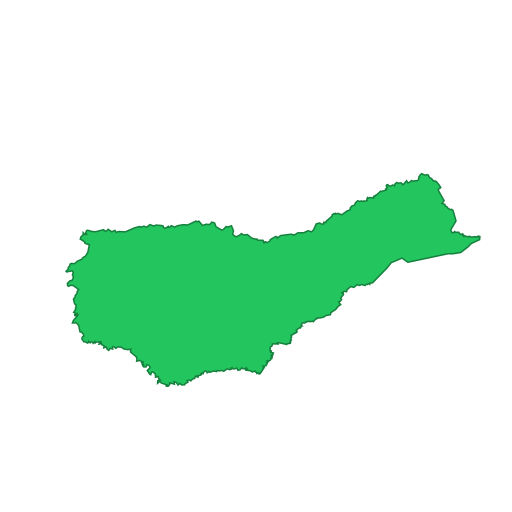 Sanga, Niassa, Mozambique, rotated 232°
{"feature_id": "85939544B99370318353636", "entity_name": "Sanga", "entity_type": "district", "adm_level": 2, "iso_a3": "MOZ", "parent_name": "Mozambique", "parent_adm1": "Niassa", "projection": "robinson", "projection_center": [35.467, -12.288], "detail": "fine", "context": "isolated", "style": "filled", "palette": "green", "viewbox_px": 512, "rotation_deg": 232, "n_neighbors": 0, "source": "geoboundaries", "source_scale": "gbopen_adm2", "svg_char_len": 6078}
<svg xmlns="http://www.w3.org/2000/svg" viewBox="0 0 512 512"><g transform="rotate(232 256 256)"><path d="M215.4,439.1L218.9,437.2L218.8,435.3L218.0,433.0L216.2,431.3L216.0,429.7L218.8,425.2L219.6,425.2L219.6,421.9L220.2,420.7L222.6,421.0L221.6,415.8L224.3,415.4L226.2,412.5L227.3,412.2L227.2,409.9L226.1,408.3L227.8,407.5L228.2,405.1L229.3,404.0L231.1,403.8L231.6,403.1L231.0,401.7L229.0,401.5L229.0,399.6L228.1,399.8L227.9,399.1L229.7,394.4L230.4,394.1L229.9,389.2L230.3,387.1L229.8,386.6L230.6,385.4L229.3,384.4L232.1,381.5L232.5,380.1L233.4,379.8L232.5,378.3L231.3,378.0L232.0,375.4L233.0,375.0L233.5,373.2L234.6,372.9L235.3,371.2L236.9,370.2L236.8,367.3L235.4,365.0L236.4,362.1L235.8,359.7L234.7,359.1L234.7,357.1L235.4,356.0L235.7,348.9L239.1,346.9L240.1,344.4L240.8,344.7L241.4,343.5L241.6,341.4L240.6,340.5L240.2,332.7L239.4,331.9L240.8,330.2L239.6,329.4L240.6,327.4L242.9,326.4L244.2,323.3L241.0,317.0L240.8,314.8L243.9,312.5L245.0,307.8L248.5,303.3L249.0,299.0L251.7,296.9L257.0,287.9L257.0,283.8L258.6,284.2L259.3,283.3L260.1,277.4L259.4,276.5L259.4,273.5L261.6,272.0L261.1,271.2L261.6,270.3L264.0,271.2L267.5,267.0L268.6,267.3L270.8,264.9L273.2,263.5L278.2,262.4L280.2,259.2L282.6,258.3L282.6,255.0L283.3,252.5L284.7,251.4L287.8,251.1L289.6,253.7L294.9,255.3L296.1,251.8L297.6,250.6L297.0,246.2L297.5,245.0L303.7,242.5L307.6,243.7L309.9,242.0L309.3,238.9L311.7,236.3L313.0,232.7L318.7,232.4L319.1,230.7L320.5,230.2L322.5,221.3L325.6,217.8L328.2,212.7L328.9,209.6L332.1,207.9L331.8,205.7L332.5,204.7L333.4,205.1L333.5,201.9L335.1,200.7L336.9,201.3L338.2,200.3L341.9,196.3L342.6,193.9L346.1,191.7L346.0,187.7L348.5,186.0L349.7,182.9L350.8,182.6L352.9,177.8L355.5,167.8L359.7,163.1L360.8,160.4L363.1,160.6L363.8,157.3L368.1,155.9L367.7,153.7L369.1,152.0L370.5,152.2L373.9,144.5L376.3,141.8L379.9,139.3L380.3,138.1L379.0,135.9L377.4,135.8L378.3,134.4L380.8,134.2L379.2,132.9L378.8,129.8L377.6,127.9L372.9,129.6L371.1,129.1L367.5,131.6L362.4,125.7L360.9,121.7L361.3,118.6L360.7,116.7L361.9,112.0L361.6,108.4L363.9,105.8L364.1,104.6L362.8,102.7L362.5,100.9L361.5,100.5L360.9,96.9L360.0,97.0L357.5,102.0L355.5,101.9L354.1,99.6L352.0,99.3L350.8,97.7L350.1,95.9L351.0,94.2L350.5,90.4L348.5,89.3L347.3,89.9L347.1,91.9L345.2,93.8L338.8,95.6L338.1,93.1L336.9,92.3L336.1,89.1L334.9,88.0L334.4,85.6L329.9,83.6L328.3,84.0L326.5,82.7L326.0,81.5L325.0,81.2L323.8,77.6L322.0,78.7L321.4,76.9L320.6,76.6L319.9,77.3L320.5,79.7L319.1,79.4L317.6,72.4L316.2,70.1L313.9,73.4L310.2,73.4L304.6,70.6L303.4,71.6L300.9,71.9L298.9,70.9L299.1,69.2L297.8,67.7L294.2,67.6L293.5,68.7L291.2,69.5L291.0,70.5L291.8,71.6L289.7,71.8L289.8,73.1L288.7,74.3L287.5,73.9L287.9,76.3L286.5,75.6L286.5,77.1L284.4,80.2L283.2,78.0L282.6,78.9L283.2,80.8L280.7,79.9L278.9,81.1L277.3,79.5L276.5,82.0L274.2,81.3L272.3,81.8L273.0,84.1L270.9,85.8L272.7,86.8L272.2,88.2L269.6,88.6L269.4,91.3L266.7,94.0L264.4,94.4L261.0,97.4L259.7,100.1L257.7,98.0L250.4,99.6L247.7,98.5L246.6,97.2L245.2,100.2L243.8,100.8L242.5,100.2L242.0,101.6L240.9,99.7L239.5,99.4L240.0,100.6L239.5,100.6L238.4,99.1L237.8,99.2L236.3,101.1L237.6,103.2L235.4,104.3L233.3,104.0L232.7,99.8L228.2,99.5L227.3,100.0L228.8,102.2L228.1,103.3L225.3,104.1L223.3,102.9L222.8,103.4L222.3,102.4L221.3,104.7L219.1,103.8L217.3,104.3L218.2,101.8L216.3,100.1L216.4,102.3L215.5,103.3L214.3,103.1L208.9,106.8L208.5,106.3L209.0,105.3L208.5,105.2L207.4,106.6L208.0,109.1L209.3,109.8L205.2,112.8L207.4,113.9L205.2,115.4L202.3,115.1L202.4,117.6L200.2,118.0L198.4,120.5L199.0,121.4L198.5,124.8L200.2,125.0L199.5,126.9L197.7,127.8L198.1,130.3L197.3,132.2L198.5,134.1L196.2,135.7L196.7,136.4L197.7,136.1L196.3,138.8L197.1,140.4L196.3,140.2L196.6,141.3L195.8,141.9L196.6,142.6L196.7,145.2L195.5,146.0L194.0,145.6L194.0,147.8L192.9,147.8L191.5,151.7L189.2,153.8L189.7,154.9L187.9,156.4L187.1,158.3L185.0,159.7L184.9,163.7L182.5,165.4L182.1,166.7L182.8,167.1L182.2,167.3L182.5,168.2L181.9,167.9L180.3,169.4L179.5,171.9L177.0,171.4L176.1,173.4L176.7,176.1L175.8,175.9L174.0,177.6L173.8,179.2L172.3,177.7L171.4,178.7L172.0,179.4L170.8,179.3L168.9,181.0L166.9,181.6L166.0,184.4L164.9,184.1L164.0,185.0L162.9,184.3L161.8,186.8L161.1,185.9L160.7,186.5L162.9,193.4L163.4,192.9L163.9,194.6L164.6,194.2L163.4,196.2L163.9,197.7L164.7,198.9L165.4,198.8L165.2,200.2L166.5,200.0L166.4,200.8L165.4,201.1L165.1,203.1L166.2,204.9L165.5,205.2L166.5,206.6L167.1,206.4L167.3,207.4L168.2,206.7L168.5,207.4L167.7,207.9L168.8,210.0L171.0,208.3L171.8,209.6L172.5,208.8L175.3,210.9L175.3,213.4L176.7,214.9L174.4,217.5L174.7,218.0L173.4,218.8L174.0,219.3L173.3,219.6L173.8,219.9L173.3,220.9L167.4,225.7L167.8,226.1L166.2,229.1L166.9,229.3L166.5,229.8L167.0,230.5L168.2,231.0L168.0,232.1L169.6,232.6L170.1,234.1L172.0,234.8L171.3,236.6L171.8,238.0L171.2,238.3L170.8,240.6L171.4,241.1L171.0,241.8L172.8,242.1L172.6,246.3L171.9,246.8L172.8,248.6L172.5,249.3L173.6,249.0L174.8,251.2L173.1,253.3L173.6,254.5L172.7,255.2L172.5,257.1L170.9,258.1L169.9,260.4L168.9,260.7L169.6,264.5L169.0,265.4L169.6,266.2L168.0,267.9L166.1,271.8L166.1,274.4L163.9,278.5L165.3,280.1L164.8,285.8L165.8,290.1L165.5,292.8L168.8,292.8L168.5,295.0L169.1,296.7L170.8,296.8L171.7,301.2L173.1,301.8L174.6,300.4L173.7,302.2L174.0,303.6L172.1,305.4L173.4,307.1L173.6,311.8L171.0,313.8L171.1,318.2L169.2,319.2L168.5,321.7L165.6,323.7L166.0,325.4L165.0,326.1L164.7,328.0L163.7,328.2L164.5,329.0L163.1,331.3L165.9,351.9L167.5,358.5L164.4,369.8L157.6,371.8L139.5,408.8L136.6,412.4L132.7,419.5L132.7,429.1L133.3,433.4L131.2,442.3L133.5,444.4L134.2,443.9L134.2,442.8L134.9,443.1L135.4,440.9L136.4,440.6L138.0,437.6L140.4,436.1L140.2,435.3L142.7,433.1L143.5,433.1L143.4,431.9L145.0,432.3L144.7,431.8L145.4,431.5L146.3,432.1L146.6,431.1L148.3,430.2L149.9,430.4L151.8,427.9L153.0,427.5L152.4,426.7L153.8,424.8L156.7,425.5L160.5,435.2L170.6,439.3L172.2,439.0L173.0,437.6L175.4,436.7L177.6,436.7L179.0,435.8L180.3,436.6L182.9,435.0L183.8,438.3L194.9,440.0L196.4,440.7L196.1,443.7L199.0,444.0L203.3,444.0L205.0,443.3L205.3,442.1L208.9,442.0L211.1,441.0L213.8,441.6L214.8,440.9L215.4,439.1Z" fill="#22c55e" stroke="#15803d" stroke-width="1.5"/></g></svg>